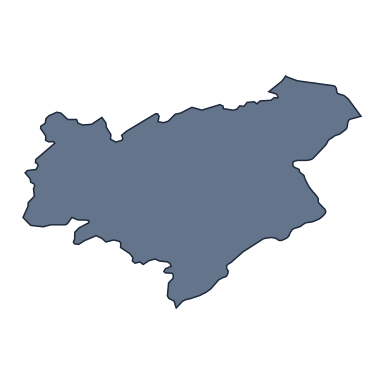 the Unitary District of Scottish Borders
{"feature_id": "GBR-2026", "entity_name": "Scottish Borders", "entity_type": "Unitary District", "adm_level": 1, "iso_a3": "GBR", "parent_name": "United Kingdom", "parent_adm1": "", "projection": "equal_earth", "projection_center": [-2.709, 55.532], "detail": "fine", "context": "isolated", "style": "filled", "palette": "slate", "viewbox_px": 384, "rotation_deg": 0, "n_neighbors": 0, "source": "natural_earth", "source_scale": "10m", "svg_char_len": 2964}
<svg xmlns="http://www.w3.org/2000/svg" viewBox="0 0 384 384"><path d="M361.0,116.3L350.9,119.0L349.6,119.5L348.6,120.5L347.8,122.6L347.2,126.8L346.7,128.2L345.6,129.6L340.1,133.8L339.0,134.3L335.4,135.5L334.2,136.1L331.9,137.9L329.8,139.1L328.8,139.8L327.9,141.0L326.9,143.1L325.8,144.9L313.6,157.8L312.0,159.1L309.8,159.9L306.6,160.4L297.8,160.4L295.0,161.0L293.9,161.6L293.0,162.3L292.8,163.7L292.9,164.9L293.2,165.9L293.7,166.7L294.5,167.4L298.1,168.9L299.0,169.4L299.4,170.4L299.5,171.5L300.1,172.4L300.8,173.1L303.5,175.0L304.1,175.9L304.4,176.8L304.6,177.8L305.3,179.7L309.0,186.8L312.7,191.6L315.6,194.7L317.9,198.0L318.3,198.9L318.3,199.7L318.3,200.2L318.2,200.6L318.2,201.4L318.5,202.2L318.9,203.1L323.9,208.4L324.7,209.0L325.3,209.9L325.6,210.8L325.7,211.9L325.3,213.1L324.3,214.5L322.1,216.7L319.3,218.9L314.6,221.0L312.0,221.9L305.7,222.8L302.8,224.6L300.4,226.5L293.8,228.6L292.4,229.5L290.9,231.6L290.0,233.1L289.1,235.5L288.0,237.0L286.2,238.4L281.7,240.4L279.8,240.5L278.4,240.2L277.6,239.4L275.5,238.3L274.2,237.9L271.1,237.5L265.5,238.2L263.0,239.0L243.2,251.7L231.1,262.4L228.1,264.1L227.2,265.0L226.6,266.1L226.6,268.1L227.1,269.3L227.7,270.1L228.1,270.8L228.2,271.5L228.0,272.5L227.4,274.8L226.6,275.9L225.3,276.9L222.5,277.8L218.6,279.9L213.3,286.0L210.5,289.1L205.7,292.5L199.5,295.6L189.5,298.9L185.6,299.7L182.4,301.4L176.2,308.0L176.1,307.9L174.1,301.1L168.8,298.4L167.4,295.8L168.6,282.9L173.1,278.3L173.2,274.8L172.0,273.2L165.4,272.9L163.8,271.5L165.5,268.7L171.2,266.3L169.9,263.4L167.0,261.8L159.7,261.1L155.0,259.0L148.9,260.7L143.2,264.5L140.0,262.0L134.9,263.2L132.4,261.0L132.8,257.6L129.9,253.7L120.6,247.5L120.7,242.9L119.3,241.3L113.5,240.0L105.9,242.0L101.9,238.4L96.2,235.7L84.6,240.6L78.8,244.3L74.6,243.9L73.4,242.1L74.7,238.8L74.8,232.2L79.3,227.7L88.7,222.8L89.0,220.9L86.2,220.1L77.8,219.9L71.9,217.5L67.5,223.6L65.5,224.8L50.8,224.8L43.4,226.8L30.7,225.4L23.0,217.5L28.0,206.3L28.2,202.6L34.3,196.3L33.5,188.7L34.7,185.8L33.9,183.8L30.7,182.2L30.3,179.0L25.1,172.8L27.4,170.5L36.0,169.5L38.1,165.8L37.5,163.8L35.4,162.6L35.8,159.5L54.8,143.2L53.5,141.7L48.6,141.8L45.6,140.3L45.7,135.9L40.6,128.5L40.8,126.2L45.2,123.3L46.0,118.6L48.8,115.8L54.8,113.1L56.7,112.2L60.9,113.1L62.6,114.6L67.8,119.5L76.6,119.5L77.9,123.1L82.8,125.0L91.6,124.3L101.9,117.4L105.9,123.0L106.3,127.2L110.9,134.6L110.5,139.2L115.9,142.1L122.1,140.2L122.8,138.2L121.6,135.4L126.5,131.2L155.7,113.7L157.6,113.8L159.1,116.3L158.0,121.7L163.7,122.7L168.4,121.1L175.2,114.2L180.5,113.1L182.9,111.9L191.9,107.3L201.9,110.1L220.0,104.6L223.1,106.2L223.2,108.6L233.3,110.2L236.8,109.2L239.8,105.8L243.9,106.4L247.1,102.4L254.4,101.8L256.8,103.8L260.2,100.9L270.9,100.3L274.4,97.6L277.6,98.0L278.0,96.7L276.6,94.1L268.8,91.7L281.6,81.4L284.4,78.0L284.5,77.7L285.6,76.0L287.7,77.2L297.3,80.8L333.2,85.7L335.1,86.4L336.4,88.6L336.7,91.2L337.2,93.2L339.0,94.0L343.8,95.4L348.1,98.8L361.0,116.3Z" fill="#64748b" stroke="#1e293b" stroke-width="1.5"/></svg>